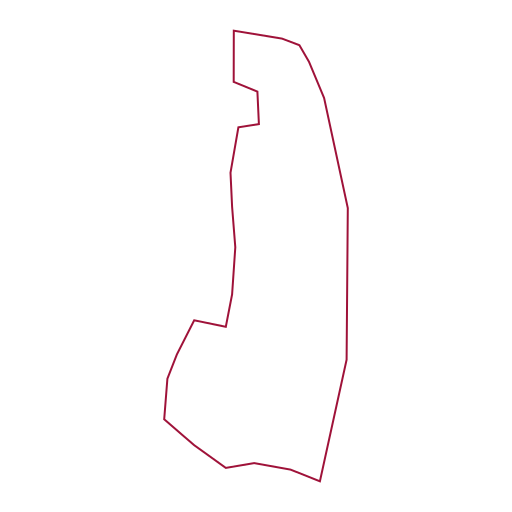 the border of Charlotte
{"feature_id": "VCT-5063", "entity_name": "Charlotte", "entity_type": "Parish", "adm_level": 1, "iso_a3": "VCT", "parent_name": "Saint Vincent and the Grenadines", "parent_adm1": "", "projection": "orthographic", "projection_center": [-61.165, 13.289], "detail": "fine", "context": "isolated", "style": "outline", "palette": "rose", "viewbox_px": 512, "rotation_deg": 0, "n_neighbors": 0, "source": "natural_earth", "source_scale": "10m", "svg_char_len": 443}
<svg xmlns="http://www.w3.org/2000/svg" viewBox="0 0 512 512"><path d="M233.8,30.7L282.0,38.6L299.4,45.2L309.0,61.8L324.1,98.0L347.8,208.1L346.6,359.7L319.9,481.3L290.5,469.6L254.2,463.1L225.8,467.9L194.2,445.2L182.0,434.7L164.2,419.3L167.4,378.7L176.9,354.4L194.2,320.3L225.8,326.8L232.1,294.4L235.3,247.3L232.1,206.8L230.5,172.7L238.4,127.3L258.9,124.1L257.4,91.6L233.7,81.9L233.8,30.7Z" fill="none" stroke="#9f1239" stroke-width="2"/></svg>